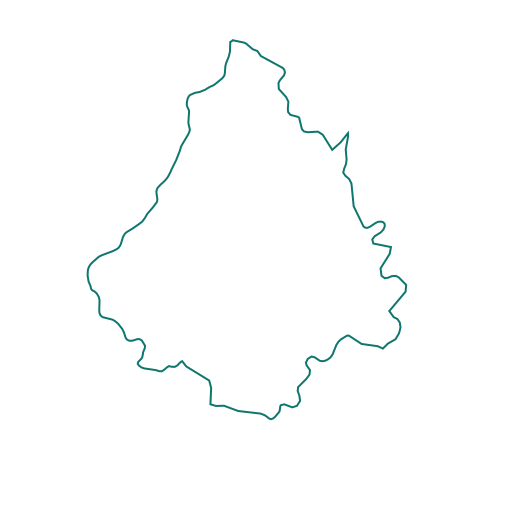 Nièvre, Mercator projection, rotated 41°
{"feature_id": "FRA-5329", "entity_name": "Nièvre", "entity_type": "Metropolitan department", "adm_level": 1, "iso_a3": "FRA", "parent_name": "France", "parent_adm1": "", "projection": "mercator", "projection_center": [3.438, 47.114], "detail": "fine", "context": "isolated", "style": "outline", "palette": "teal", "viewbox_px": 512, "rotation_deg": 41, "n_neighbors": 0, "source": "natural_earth", "source_scale": "10m", "svg_char_len": 3171}
<svg xmlns="http://www.w3.org/2000/svg" viewBox="0 0 512 512"><g transform="rotate(41 256 256)"><path d="M388.3,179.3L392.3,184.8L392.7,210.1L400.0,211.8L404.1,210.8L408.2,211.9L412.0,215.2L414.7,220.6L415.9,227.3L413.0,235.6L412.5,242.6L407.1,244.2L393.4,253.1L378.1,255.2L376.8,256.7L374.8,263.3L374.5,266.7L375.0,270.4L378.4,280.1L378.7,283.7L378.1,286.9L376.9,289.7L375.1,291.9L373.0,293.2L366.6,294.0L363.8,295.5L362.6,299.7L363.6,303.7L365.9,305.3L371.6,306.7L374.2,310.4L374.6,315.8L373.8,327.3L376.0,330.5L380.4,333.0L384.3,336.4L385.2,342.2L382.7,346.4L374.7,349.4L372.7,352.1L372.8,353.3L375.6,357.6L375.8,358.4L375.9,364.9L375.5,367.4L374.5,369.2L373.1,369.9L367.2,370.4L362.9,371.9L344.2,384.7L330.1,390.0L324.1,395.5L318.9,397.8L308.7,385.0L302.4,380.7L275.8,385.1L269.3,383.8L268.8,385.2L268.5,387.4L268.5,390.0L267.4,393.0L265.3,394.7L262.5,396.3L261.8,398.6L261.5,401.3L260.6,404.8L258.4,406.5L255.3,407.8L245.5,414.1L242.8,415.2L239.7,415.5L237.5,415.0L236.6,413.3L236.7,411.3L236.9,409.1L236.6,407.1L235.4,404.9L234.0,402.8L232.5,398.4L231.1,396.5L225.1,394.6L222.6,395.2L221.0,396.6L218.3,401.0L215.9,403.1L213.6,403.7L211.4,403.3L206.6,400.4L202.9,398.8L196.5,397.6L192.7,397.6L189.6,398.1L180.3,402.8L177.5,402.8L175.1,401.6L173.2,399.7L167.0,392.1L164.2,390.0L160.1,388.7L157.3,388.7L155.0,389.3L153.8,389.2L152.7,388.7L150.9,387.3L146.4,385.1L141.8,381.3L138.5,377.1L137.5,375.1L137.1,373.9L136.8,372.4L136.6,370.7L136.8,367.4L137.8,360.2L138.0,359.3L139.2,356.5L144.7,346.3L146.2,342.8L146.9,340.3L146.7,337.8L146.4,336.5L146.0,335.3L143.6,330.0L143.0,328.4L142.5,325.6L142.5,323.8L142.9,322.3L144.8,316.3L146.8,308.5L147.5,304.9L147.4,302.3L147.1,299.5L146.3,295.5L146.3,286.8L145.8,280.3L145.3,279.3L144.7,278.4L143.9,277.5L139.4,273.6L138.3,272.4L137.2,269.9L137.0,267.4L137.2,264.4L137.8,259.3L137.8,256.5L137.6,254.0L136.1,247.8L135.6,246.6L132.9,236.2L129.4,226.3L127.8,222.9L127.4,221.7L125.2,209.4L124.4,206.5L123.3,204.2L122.3,203.3L118.4,200.6L116.9,199.0L110.9,191.1L110.1,190.3L109.1,189.7L106.7,188.7L105.7,188.1L104.7,187.4L103.7,186.3L102.6,184.7L101.1,181.9L100.6,180.0L100.5,178.5L100.8,177.3L102.9,172.9L105.8,169.3L108.5,164.0L109.1,162.2L109.4,161.1L110.2,158.7L111.8,155.3L112.2,154.1L113.9,144.5L113.9,141.8L113.5,140.1L112.3,138.1L108.3,132.8L106.9,130.0L104.8,123.8L102.2,118.7L100.5,116.7L96.1,111.2L96.8,109.8L96.8,108.5L106.4,103.1L108.7,102.2L117.8,102.1L122.6,100.4L128.5,101.9L152.9,96.5L155.4,97.0L157.5,98.6L158.6,101.3L158.8,108.0L159.6,110.9L163.7,115.0L174.5,116.3L179.2,118.3L183.6,124.2L185.8,126.3L189.4,126.9L196.3,123.5L197.8,123.3L207.5,130.2L210.6,130.5L213.9,128.6L221.2,121.5L226.9,120.7L243.9,125.9L245.3,114.6L244.8,103.0L246.9,105.1L253.8,116.7L261.1,123.8L263.6,127.5L265.2,132.1L267.1,135.8L270.7,136.8L275.9,136.8L280.5,138.7L297.1,154.4L317.8,163.2L319.8,163.0L321.6,161.7L322.9,158.9L324.6,152.6L325.8,150.0L327.9,147.9L330.1,147.0L332.2,147.5L333.8,149.3L334.8,152.5L334.7,156.3L332.6,163.2L332.9,167.3L336.4,169.6L352.0,160.7L355.5,166.7L358.1,183.6L363.7,188.6L367.8,188.3L370.0,185.6L371.8,182.0L374.7,179.2L377.9,178.5L388.3,179.3Z" fill="none" stroke="#0f766e" stroke-width="2"/></g></svg>